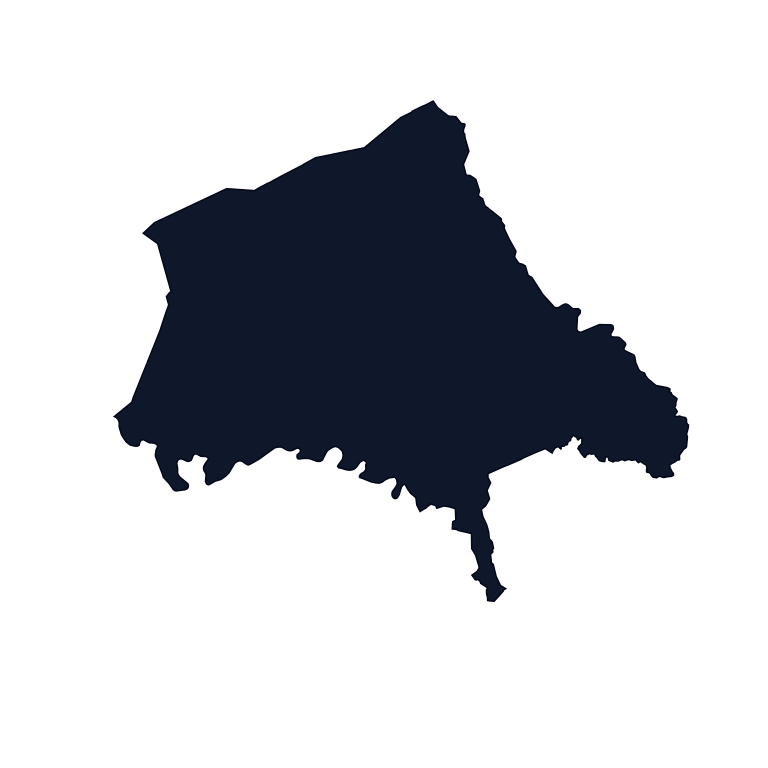 the district of Vijciema pag., Valkas, Latvia, rotated 245°
{"feature_id": "27541924B32036118272462", "entity_name": "Vijciema pag.", "entity_type": "district", "adm_level": 2, "iso_a3": "LVA", "parent_name": "Latvia", "parent_adm1": "Valkas", "projection": "mercator", "projection_center": [25.957, 57.603], "detail": "fine", "context": "isolated", "style": "filled", "palette": "ink", "viewbox_px": 768, "rotation_deg": 245, "n_neighbors": 0, "source": "geoboundaries", "source_scale": "gbopen_adm2", "svg_char_len": 6171}
<svg xmlns="http://www.w3.org/2000/svg" viewBox="0 0 768 768"><g transform="rotate(245 384 384)"><path d="M596.0,562.1L596.0,561.4L597.1,560.1L599.0,556.5L600.3,555.2L612.2,549.3L619.6,548.2L619.7,547.8L619.3,538.6L619.5,535.5L619.3,524.8L618.6,523.7L618.4,511.9L606.4,465.9L618.0,417.7L617.1,404.3L616.9,404.3L615.9,380.8L614.9,364.0L615.1,363.4L614.7,356.8L614.8,356.8L614.7,354.7L614.0,348.3L627.5,324.0L627.2,244.2L622.4,229.5L606.8,238.2L557.5,230.0L557.5,228.3L555.2,223.8L546.0,222.2L546.2,221.8L541.0,216.6L527.0,203.5L477.7,151.0L474.1,147.8L468.9,127.3L468.5,126.8L468.5,125.9L466.7,127.2L464.8,127.9L461.7,128.0L457.1,125.9L449.4,124.7L446.6,124.8L440.5,125.9L436.0,128.1L432.8,132.2L431.9,134.2L431.9,136.1L435.0,138.7L435.6,140.3L435.3,142.4L430.0,146.4L427.7,150.4L426.3,151.8L424.9,152.5L423.7,152.7L422.6,152.0L420.8,149.8L416.7,147.0L415.0,146.3L395.6,145.1L393.0,144.6L384.4,147.3L377.6,148.4L375.8,149.3L374.9,150.5L372.2,159.2L372.3,161.5L373.1,162.9L374.7,163.8L376.5,164.1L384.9,160.1L386.6,159.4L388.3,159.2L390.2,159.2L395.3,161.5L399.7,162.6L401.6,164.3L402.1,165.3L402.4,166.6L402.2,168.1L401.0,169.6L397.5,172.6L396.5,173.9L396.2,175.6L396.5,177.2L399.4,180.4L400.3,181.8L400.5,182.9L400.1,184.3L395.9,187.5L393.7,191.6L392.9,192.5L391.4,193.3L390.2,193.1L389.8,192.7L387.4,188.3L385.6,185.9L383.7,184.7L381.4,184.2L378.3,184.6L376.9,184.4L371.1,181.0L368.4,181.0L367.1,182.0L366.7,183.0L367.3,190.1L366.4,195.7L367.4,201.6L369.0,205.9L375.2,215.1L375.8,218.0L375.5,220.5L374.1,222.6L369.3,225.5L368.0,226.7L367.9,229.7L368.7,239.0L372.3,257.9L371.5,261.7L370.1,264.5L365.1,268.1L363.8,269.6L362.9,271.3L362.5,274.0L362.7,277.9L361.7,279.7L359.7,280.4L358.7,280.1L357.8,279.1L357.0,277.6L356.6,275.4L354.7,274.3L352.9,274.2L352.0,275.2L350.2,280.5L348.1,284.7L342.3,290.5L341.4,292.2L340.9,293.5L340.9,294.9L341.2,296.2L346.7,303.2L347.6,305.1L348.2,308.7L348.3,311.6L348.1,312.9L347.5,314.1L345.9,315.8L341.4,317.7L340.1,317.8L336.6,316.9L333.9,315.0L332.8,313.6L329.7,307.9L328.9,307.1L327.2,307.5L325.7,309.7L322.5,313.2L320.7,315.9L319.8,318.2L319.5,319.8L319.5,321.3L320.6,324.4L323.2,329.0L323.7,332.2L323.3,333.6L321.5,334.6L320.3,334.9L318.7,333.9L318.5,333.2L315.4,332.1L314.0,331.2L312.7,328.8L312.4,325.5L311.6,323.7L310.6,322.5L309.4,322.5L308.4,323.8L300.8,330.9L297.9,334.7L296.1,338.0L295.9,341.4L296.6,344.1L296.7,349.1L295.0,354.5L292.0,355.1L288.6,354.1L287.7,353.6L286.0,351.6L283.1,346.4L282.0,345.3L280.2,344.4L278.5,344.1L276.6,344.5L275.4,345.7L275.1,347.3L275.9,349.0L277.4,351.1L282.9,355.9L283.9,357.4L284.6,359.6L284.4,360.1L283.5,360.7L278.5,361.0L273.8,361.9L268.3,364.5L266.9,364.7L260.6,362.6L253.2,362.8L254.0,369.3L253.8,369.4L254.8,372.5L255.0,374.5L255.7,375.4L252.0,379.5L249.1,379.3L248.2,386.6L245.2,391.1L240.9,396.0L230.2,391.5L230.2,388.1L223.8,384.6L221.3,388.6L220.1,389.1L211.5,400.1L197.6,393.9L190.1,394.7L178.7,393.0L176.9,392.4L174.7,388.9L173.6,382.9L168.0,384.0L167.5,384.6L167.0,386.7L164.3,387.7L162.4,387.4L155.3,391.9L154.1,390.0L153.5,389.6L150.2,388.2L147.1,387.7L143.9,386.4L140.5,391.9L145.8,404.4L146.6,404.5L147.1,407.8L152.2,404.4L162.2,404.3L174.4,406.8L176.5,405.8L184.7,408.6L185.7,411.6L188.3,412.4L188.7,413.8L195.0,415.3L199.5,414.1L205.8,416.4L213.6,417.6L222.0,417.5L229.2,419.2L230.6,424.5L235.2,431.1L244.0,432.4L249.4,438.9L255.5,438.7L258.8,440.4L258.5,457.7L258.2,462.1L257.8,476.1L258.1,479.7L257.8,493.0L257.3,502.8L250.4,507.2L252.2,509.2L253.7,512.2L253.8,515.3L250.4,516.8L250.5,517.3L252.0,517.8L252.5,518.4L251.6,521.0L252.0,522.3L251.6,524.6L253.4,525.9L253.9,527.5L254.0,529.2L255.9,530.5L256.5,531.3L256.6,532.4L257.5,533.5L257.4,534.4L255.9,534.6L254.4,536.2L252.1,535.9L251.3,536.3L251.3,536.7L252.0,538.6L251.6,540.0L251.0,540.3L245.8,537.9L245.7,537.6L246.1,536.8L245.4,535.8L245.3,534.5L243.5,532.4L241.0,533.1L237.9,533.3L233.1,534.6L232.6,535.5L234.1,537.6L234.3,538.2L234.0,539.0L234.4,540.5L232.8,542.2L231.6,545.6L231.2,545.9L229.9,545.2L228.9,545.3L227.3,546.1L224.3,546.6L223.4,547.0L221.6,549.1L220.5,551.1L220.6,551.5L222.9,552.8L224.1,554.9L223.9,555.5L222.8,556.2L219.9,555.6L216.5,558.7L216.5,559.1L216.9,560.2L215.2,563.9L215.3,566.2L214.9,567.0L215.1,567.9L213.0,569.5L212.7,570.0L212.6,572.1L211.9,574.4L210.2,576.1L208.8,580.5L207.4,580.5L205.2,581.3L205.4,583.4L205.1,584.0L201.9,585.8L200.0,587.3L197.3,587.1L194.7,585.3L193.1,584.9L191.8,586.7L190.6,587.6L187.9,587.7L185.6,588.6L184.7,590.3L183.8,591.3L184.1,594.6L181.0,598.0L180.2,601.6L178.8,605.5L178.9,607.8L181.0,608.5L182.6,608.0L187.3,607.9L189.4,608.4L189.7,608.8L190.2,610.5L190.4,611.7L190.3,613.3L190.6,615.9L191.3,617.5L190.6,618.8L190.5,619.5L190.9,620.2L194.5,621.5L198.3,628.2L198.5,630.2L199.2,631.6L207.7,636.6L210.8,637.1L215.5,641.1L218.2,642.6L219.5,642.0L221.2,641.9L224.0,643.2L225.6,643.2L226.6,642.5L227.8,640.7L230.1,638.2L230.3,637.8L230.1,636.9L231.5,634.6L232.5,634.2L233.4,634.8L233.9,636.5L234.7,637.7L235.4,638.2L240.0,637.5L241.2,639.3L244.0,640.8L246.4,643.1L247.1,643.3L252.5,640.4L254.5,640.6L256.6,639.5L257.8,640.7L258.8,641.0L260.9,639.3L267.8,629.8L277.1,625.4L280.9,624.6L283.9,624.7L286.9,621.7L289.5,621.0L296.9,621.2L303.2,622.9L304.7,622.7L312.4,616.4L313.6,616.1L314.7,616.3L317.6,619.8L319.0,620.1L326.4,617.2L327.6,615.8L330.2,610.7L331.7,610.0L333.4,610.6L336.9,615.2L339.5,616.0L340.6,615.8L341.7,614.7L346.8,604.4L347.6,584.5L348.1,583.5L349.5,582.1L351.9,581.7L362.0,587.1L363.5,588.1L365.2,591.6L365.9,592.2L367.4,592.9L368.2,592.9L370.1,592.0L372.1,587.5L372.8,586.7L378.0,584.3L379.2,583.3L379.9,582.0L380.1,580.8L380.0,578.4L379.6,575.8L379.7,573.8L380.6,571.8L381.6,570.9L397.9,565.8L418.2,563.0L421.3,560.7L421.9,560.6L431.4,562.0L434.3,559.8L435.9,557.7L436.9,557.1L442.9,556.1L444.4,556.3L448.0,559.4L448.9,559.7L461.8,558.7L472.2,558.6L474.4,558.8L476.8,560.2L481.3,559.1L484.2,560.1L503.0,550.8L510.1,551.7L514.4,549.2L516.1,550.0L518.7,552.2L530.7,553.7L536.4,550.3L537.1,549.4L538.1,547.3L539.3,546.8L549.5,548.8L559.1,559.3L572.9,561.5L576.5,562.8L578.0,562.3L580.1,563.1L581.7,564.2L583.8,566.4L585.0,567.1L585.9,566.8L587.0,564.9L587.8,564.0L596.0,562.1Z" fill="#0f172a" stroke="#020617" stroke-width="1.5"/></g></svg>